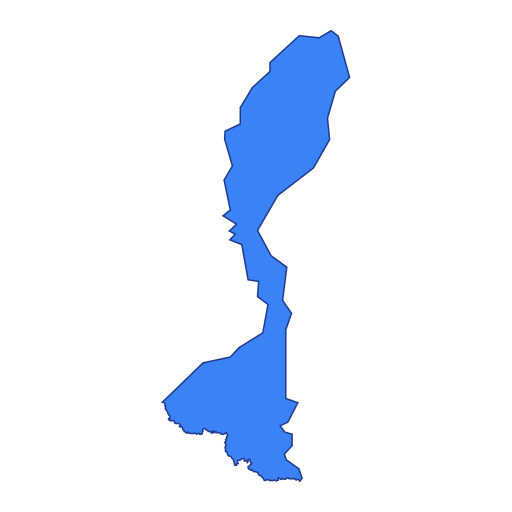 the district of Nzara, Western Equatoria, South Sudan
{"feature_id": "79223893B44878437184267", "entity_name": "Nzara", "entity_type": "district", "adm_level": 2, "iso_a3": "SSD", "parent_name": "South Sudan", "parent_adm1": "Western Equatoria", "projection": "albers", "projection_center": [28.083, 5.312], "detail": "fine", "context": "isolated", "style": "filled", "palette": "blue", "viewbox_px": 512, "rotation_deg": 0, "n_neighbors": 0, "source": "geoboundaries", "source_scale": "gbopen_adm2", "svg_char_len": 4166}
<svg xmlns="http://www.w3.org/2000/svg" viewBox="0 0 512 512"><path d="M331.1,30.7L319.1,37.8L299.3,35.7L270.0,62.5L270.0,71.4L252.3,87.7L240.3,107.6L240.3,123.9L225.1,131.2L224.6,139.1L232.4,165.9L224.1,180.1L230.3,210.0L223.0,215.8L236.6,224.2L229.3,231.0L235.1,234.1L229.8,239.9L241.8,244.6L248.1,279.8L258.6,281.4L257.5,296.6L268.0,304.5L262.8,332.8L239.2,347.5L230.3,357.0L203.1,362.8L162.4,402.2L164.1,402.8L164.8,403.7L165.2,404.4L165.0,405.7L165.4,406.3L165.4,407.2L165.4,407.8L165.4,408.4L165.6,409.7L166.4,410.1L166.9,410.6L167.2,411.5L167.8,412.9L168.2,413.8L168.5,414.4L169.1,415.5L169.9,415.9L169.8,416.9L169.9,417.6L169.9,418.4L168.7,418.5L168.4,419.2L169.0,419.9L170.0,420.6L170.8,420.8L171.6,420.7L172.7,420.6L173.8,421.2L174.5,421.7L174.7,422.6L174.9,423.2L175.6,423.5L176.7,423.5L177.8,423.5L178.8,423.6L179.6,423.9L179.8,424.4L180.5,425.3L179.8,425.7L179.4,426.3L180.0,426.9L181.2,426.9L182.1,427.0L182.7,428.6L182.8,429.5L183.2,430.0L183.9,430.4L184.1,431.6L185.2,431.8L185.7,432.5L186.8,433.0L187.1,432.3L187.9,432.1L188.0,432.9L188.3,433.0L190.2,433.2L191.3,433.6L192.7,433.6L193.8,433.4L194.7,433.1L195.6,433.3L196.3,434.0L196.8,434.2L197.4,433.8L198.6,433.3L199.2,433.5L199.6,434.0L199.8,434.3L200.4,434.2L201.2,434.0L201.8,434.2L202.3,433.3L202.4,432.6L202.6,431.5L203.0,430.8L203.0,430.2L203.0,429.1L203.4,428.5L203.9,428.3L205.0,428.4L205.4,429.3L206.1,429.7L206.9,430.1L207.6,430.7L208.5,431.5L209.2,431.5L210.2,431.5L211.0,432.2L211.4,433.0L212.1,433.1L212.3,432.3L212.3,431.7L212.7,431.0L213.4,431.1L213.5,431.7L213.6,432.4L214.9,432.6L215.0,432.0L215.2,431.3L216.1,431.5L216.3,432.2L216.7,432.6L217.1,432.8L218.2,432.8L219.4,432.7L220.1,432.7L220.2,433.2L220.9,434.0L221.6,434.1L222.3,434.4L223.3,434.4L224.0,434.1L225.6,433.3L225.6,432.9L226.5,432.9L227.0,433.7L227.7,434.7L227.7,435.3L227.2,436.0L226.6,436.4L226.6,437.3L226.6,438.1L226.6,438.8L226.0,439.2L225.6,439.7L225.8,440.4L226.0,441.2L225.7,441.7L225.0,442.1L224.7,442.5L225.5,443.5L225.8,444.1L225.9,445.3L225.5,446.1L225.4,446.6L225.0,447.7L225.3,448.5L225.6,449.5L225.9,450.2L225.4,450.7L225.5,451.6L226.4,451.8L227.2,452.3L227.3,453.1L227.3,454.1L227.7,454.8L228.7,456.0L229.6,456.1L230.5,456.2L231.3,456.9L231.7,458.0L233.0,459.2L233.2,459.9L233.8,461.1L234.2,461.9L234.2,462.8L234.2,463.3L234.6,463.6L234.8,463.8L234.5,464.5L234.7,465.1L235.5,465.5L236.4,465.3L236.7,464.2L237.0,463.8L237.5,463.9L238.2,463.4L237.7,462.6L237.4,461.9L237.3,461.5L237.5,460.6L238.7,460.1L239.8,460.3L240.0,460.1L240.8,459.5L241.1,459.2L241.6,458.8L243.3,458.5L244.2,458.9L244.4,460.0L244.2,460.9L244.6,461.2L245.4,460.7L246.3,460.7L246.9,460.8L247.1,461.6L247.3,462.5L248.0,461.7L248.1,460.9L248.1,460.0L248.6,459.3L249.9,459.6L250.1,460.2L250.1,461.2L250.5,462.1L251.0,463.0L251.7,463.5L251.3,464.1L250.0,464.9L250.0,465.4L249.6,465.9L248.9,466.2L248.2,466.4L248.1,467.6L248.3,468.4L249.2,469.3L250.3,469.7L251.0,470.3L251.8,470.3L252.6,470.1L252.9,470.7L253.2,471.3L253.8,471.7L254.6,471.6L255.1,471.5L255.5,471.8L256.4,472.0L257.4,472.3L258.0,472.7L258.2,473.2L258.2,474.0L259.1,475.0L259.8,475.5L260.4,475.7L261.3,475.9L261.8,476.3L261.8,477.0L262.8,477.8L263.4,478.7L263.9,479.3L263.9,479.9L264.4,480.5L265.2,480.4L266.1,480.1L266.8,479.9L267.8,479.7L268.4,479.9L269.3,479.9L269.7,480.5L270.3,480.6L271.5,480.5L272.5,480.6L273.4,480.5L274.1,480.0L274.8,480.3L276.0,480.9L276.8,480.8L277.5,480.4L278.3,480.1L278.3,479.2L278.2,478.4L278.3,477.8L279.0,478.0L279.7,478.4L280.6,479.3L281.6,479.4L282.4,478.7L283.0,478.9L284.2,479.0L285.2,479.3L285.6,479.0L286.4,478.6L286.9,478.0L288.0,477.8L288.5,478.0L289.0,478.7L289.9,478.9L291.0,478.7L291.9,478.6L292.4,478.9L292.7,478.9L293.4,478.7L294.4,478.5L294.7,478.7L295.0,479.3L295.7,479.6L296.1,480.0L296.7,480.0L297.0,479.6L297.5,479.2L298.6,479.5L299.1,479.9L299.4,481.2L299.7,481.3L302.1,478.3L298.9,468.8L286.4,459.9L284.3,454.1L292.1,445.7L292.1,434.2L284.8,432.1L280.1,425.8L287.9,422.1L297.8,402.7L285.8,398.5L285.8,329.7L291.5,313.4L282.6,300.3L286.8,267.2L271.1,255.7L257.5,230.5L277.9,195.3L313.4,168.0L329.6,139.6L327.5,118.1L335.3,91.3L349.6,77.4L338.2,36.1L331.1,30.7Z" fill="#3b82f6" stroke="#1e3a8a" stroke-width="1.5"/></svg>